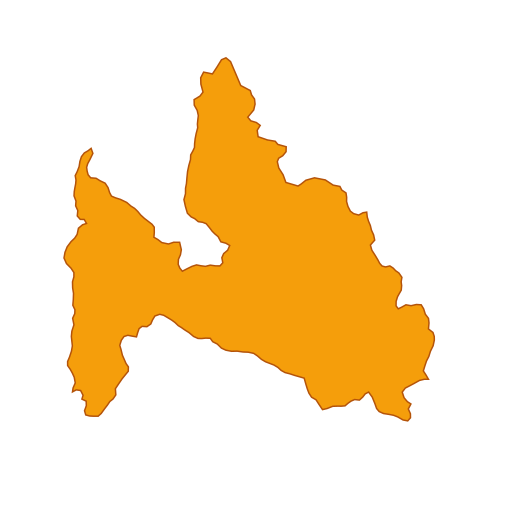 Bandeira, Minas Gerais, Brazil, rotated 11°
{"feature_id": "56859067B30982506378095", "entity_name": "Bandeira", "entity_type": "district", "adm_level": 2, "iso_a3": "BRA", "parent_name": "Brazil", "parent_adm1": "Minas Gerais", "projection": "albers", "projection_center": [-40.598, -15.864], "detail": "fine", "context": "isolated", "style": "filled", "palette": "amber", "viewbox_px": 512, "rotation_deg": 11, "n_neighbors": 0, "source": "geoboundaries", "source_scale": "gbopen_adm2", "svg_char_len": 4366}
<svg xmlns="http://www.w3.org/2000/svg" viewBox="0 0 512 512"><g transform="rotate(11 256 256)"><path d="M169.5,85.5L167.7,91.6L169.1,97.8L170.8,101.3L172.7,105.2L170.5,109.7L165.4,114.3L166.6,119.7L170.5,124.3L172.6,129.2L172.9,133.4L173.3,137.7L174.3,141.2L173.9,147.2L173.9,152.5L174.3,157.5L174.9,161.3L173.9,165.3L172.6,169.2L173.3,173.9L172.8,179.9L172.7,186.2L173.3,192.7L173.9,198.2L173.9,202.9L174.9,208.4L174.5,214.4L177.2,220.7L180.5,227.1L184.9,230.0L188.6,231.0L192.8,233.3L197.2,233.1L201.0,233.8L205.2,237.3L208.2,240.0L211.3,242.1L215.1,244.2L218.8,248.8L224.0,249.2L228.2,250.7L227.1,255.7L223.8,259.8L222.8,264.2L224.7,269.0L222.5,272.6L218.2,273.4L212.8,273.7L208.4,275.8L203.8,276.1L199.3,276.1L195.1,278.4L190.9,281.6L186.6,285.0L183.6,282.5L181.2,279.0L180.5,274.1L181.6,269.2L181.5,264.1L178.4,257.1L172.6,258.2L167.8,260.9L161.0,260.8L156.4,258.5L152.2,257.1L151.7,252.5L150.6,247.1L147.9,244.7L143.5,242.5L139.3,240.4L134.9,237.7L131.4,234.8L127.7,232.4L123.8,230.9L118.9,228.1L112.1,226.3L106.9,225.7L102.7,224.8L100.2,221.7L97.7,217.1L94.0,213.3L88.6,211.9L84.2,210.2L78.8,210.8L75.7,208.3L74.0,204.8L72.8,201.2L73.2,197.4L74.7,192.5L76.3,186.4L73.6,181.8L71.1,184.7L67.8,187.6L65.7,191.8L65.1,196.8L65.3,202.0L64.4,207.2L63.2,211.6L64.8,215.8L65.2,219.6L65.2,223.6L65.3,227.4L65.9,231.7L68.8,236.4L69.4,241.2L72.4,245.4L72.9,250.8L76.5,253.6L80.4,252.9L83.4,256.4L79.8,258.4L76.4,262.6L76.3,268.9L74.6,273.1L71.7,277.2L68.9,283.0L67.8,288.8L67.9,294.6L71.4,299.6L76.8,303.3L80.4,307.0L81.2,311.2L80.8,316.4L82.1,322.3L84.0,327.5L85.0,333.8L85.6,339.3L88.5,343.3L89.1,347.1L87.9,352.1L90.4,358.3L89.6,364.9L90.1,370.2L91.6,375.1L92.9,379.3L93.0,384.7L92.2,390.9L91.2,395.5L92.0,399.5L95.3,402.7L98.0,405.9L100.7,409.7L102.8,415.1L101.6,420.5L101.8,424.4L105.1,421.7L109.5,421.5L112.8,425.7L112.4,429.7L117.0,430.9L118.0,435.3L117.2,440.6L119.2,444.5L123.2,444.8L126.8,444.3L131.6,443.4L134.1,440.1L136.5,434.9L138.6,430.7L140.3,426.7L142.9,423.7L144.9,419.1L143.3,413.1L145.6,407.6L148.0,402.1L150.5,397.4L152.6,393.5L151.9,389.2L148.9,386.3L146.5,382.8L143.8,378.9L141.3,373.5L139.3,369.7L139.9,364.4L141.8,360.2L145.3,358.3L149.5,358.3L154.1,358.2L154.5,353.6L155.1,349.6L157.6,346.8L162.4,346.2L165.7,342.8L166.6,338.6L168.2,334.2L172.6,331.6L176.7,331.8L181.2,333.4L185.5,335.0L189.1,336.7L193.0,339.2L196.3,340.4L199.8,342.0L204.9,344.0L210.1,346.9L214.8,348.0L218.4,347.4L222.3,346.2L226.8,345.5L229.9,348.4L234.8,349.8L239.6,353.0L244.4,354.2L250.2,354.2L255.6,353.0L261.6,352.7L266.7,351.9L272.3,352.0L276.5,353.8L281.0,356.4L285.5,358.0L289.4,358.7L294.4,359.6L298.8,361.2L302.5,363.5L306.8,364.9L311.9,365.2L316.4,365.8L321.0,366.2L326.6,366.7L329.3,372.1L331.7,376.6L334.1,380.5L337.5,384.0L342.4,385.7L346.0,389.5L350.6,394.1L355.0,392.1L360.0,388.9L364.3,387.9L368.5,387.1L372.0,386.1L374.5,382.9L377.0,380.3L380.2,378.1L385.0,377.7L387.7,374.1L389.5,370.5L392.5,368.1L397.0,372.3L400.8,378.1L403.5,382.7L406.6,385.2L411.2,386.3L416.5,386.1L421.4,386.1L425.8,386.9L431.6,388.9L436.4,388.9L438.5,385.3L437.7,381.4L434.7,377.1L436.3,371.7L432.4,370.1L428.4,366.9L425.5,361.7L427.8,357.1L431.1,354.5L435.3,351.1L440.3,346.9L444.7,344.9L448.8,344.1L445.5,340.3L442.2,336.9L442.7,331.9L443.4,326.5L444.8,321.7L445.4,316.3L447.0,310.3L447.1,304.5L446.3,300.9L444.3,297.3L439.2,294.7L438.6,288.7L437.2,284.3L433.3,280.8L430.6,275.8L427.5,272.4L422.7,273.0L417.7,275.2L412.5,275.3L408.8,278.4L405.7,280.7L403.0,278.2L402.2,273.8L402.7,269.0L403.8,265.6L405.1,261.8L404.6,257.2L403.4,253.6L403.3,249.1L399.5,245.4L395.9,243.8L393.0,241.7L389.3,240.2L385.3,242.0L381.7,241.8L378.8,239.6L376.4,236.6L372.8,232.6L368.6,228.2L366.2,223.4L369.5,217.8L367.4,212.8L364.4,208.6L362.4,204.2L359.9,200.5L357.8,196.6L356.3,191.8L352.8,193.1L349.0,196.2L343.8,195.8L340.1,194.0L336.8,189.8L334.5,185.2L333.8,181.1L332.3,176.9L327.6,174.9L325.1,171.7L318.2,171.7L309.5,168.1L298.5,168.1L290.5,172.1L286.6,176.7L283.9,179.3L271.3,178.1L267.1,171.1L261.6,165.3L258.9,159.3L259.6,155.7L263.1,152.5L265.6,147.9L264.8,143.0L256.1,142.3L253.0,139.7L245.1,139.9L235.3,138.5L233.2,132.4L235.2,127.0L230.9,124.9L225.1,124.3L221.4,121.3L225.9,113.1L226.1,107.1L224.6,102.2L220.9,98.7L218.8,94.7L212.6,92.8L208.5,91.6L193.9,70.0L188.7,67.2L184.7,69.9L181.6,78.1L178.5,85.6L174.1,85.5L169.5,85.5Z" fill="#f59e0b" stroke="#b45309" stroke-width="1.5"/></g></svg>